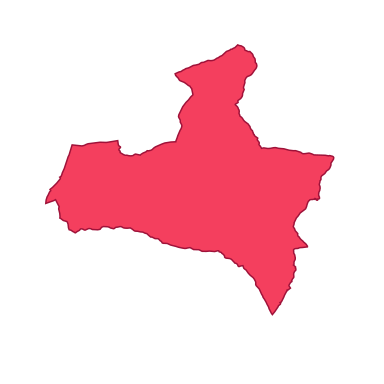 the district of Talea, Prahova, Romania, rotated 169°
{"feature_id": "2599482B77158206199320", "entity_name": "Talea", "entity_type": "district", "adm_level": 2, "iso_a3": "ROU", "parent_name": "Romania", "parent_adm1": "Prahova", "projection": "natural_earth1", "projection_center": [25.556, 45.224], "detail": "fine", "context": "isolated", "style": "filled", "palette": "rose", "viewbox_px": 384, "rotation_deg": 169, "n_neighbors": 0, "source": "geoboundaries", "source_scale": "gbopen_adm2", "svg_char_len": 6002}
<svg xmlns="http://www.w3.org/2000/svg" viewBox="0 0 384 384"><g transform="rotate(169 192 192)"><path d="M300.7,261.1L305.6,251.8L306.8,250.3L312.9,239.4L315.8,235.3L316.4,234.0L317.6,232.3L319.0,231.8L318.5,230.9L318.9,230.0L323.1,226.5L328.1,223.1L330.9,221.6L330.4,220.2L331.9,219.1L333.9,216.3L335.2,214.8L336.7,212.0L337.7,208.7L329.4,209.9L327.4,210.5L325.2,202.8L325.8,201.8L326.1,200.8L325.9,196.2L326.2,193.2L326.7,191.6L325.9,191.0L323.8,188.6L320.5,186.9L320.1,186.0L319.8,184.0L320.1,180.4L319.8,178.4L318.0,177.5L316.7,176.1L315.3,175.0L314.5,174.2L314.0,174.2L312.8,174.9L309.7,175.9L308.8,176.8L308.0,177.0L306.9,176.7L305.7,176.0L305.2,175.4L304.6,175.1L304.0,175.0L300.7,175.8L299.6,175.7L298.3,175.2L297.0,174.2L291.7,172.9L289.6,172.9L289.1,173.1L288.6,173.7L287.2,174.7L285.6,175.0L281.5,174.0L279.9,173.2L279.0,172.3L276.0,170.9L275.2,171.0L274.2,171.6L273.4,171.9L271.6,171.7L269.4,171.8L268.1,171.5L266.1,169.9L264.6,169.3L262.3,168.8L259.4,168.5L257.5,166.7L256.3,165.2L255.4,164.5L252.8,163.8L250.3,162.7L247.9,162.0L246.1,160.6L244.2,159.7L243.1,158.1L241.2,155.7L239.7,155.3L237.2,153.3L234.5,152.7L233.8,152.3L232.5,150.2L231.5,149.3L230.9,147.6L229.8,147.1L226.8,146.4L225.8,146.0L223.1,144.0L218.0,141.6L215.9,140.4L212.4,138.9L209.7,137.9L208.4,137.8L206.8,137.9L204.5,137.8L201.4,135.2L196.1,134.0L193.5,131.9L189.4,131.0L186.2,130.7L181.1,129.2L178.0,129.4L177.0,129.2L176.8,128.2L174.7,127.0L174.4,126.1L173.4,125.1L172.6,123.8L172.3,123.1L172.4,121.9L172.1,121.3L171.2,120.6L167.7,119.5L166.4,118.6L165.4,117.3L164.7,116.0L164.1,115.2L163.7,114.2L162.2,113.4L161.6,112.8L161.1,111.9L160.9,110.6L160.6,110.1L160.0,109.8L158.3,110.1L156.1,110.0L155.7,107.3L155.0,106.3L153.8,105.1L152.2,101.5L150.7,99.1L148.4,96.4L147.5,94.6L146.7,91.9L146.7,91.0L147.1,89.1L146.9,87.9L144.5,84.0L143.1,78.1L142.5,76.7L142.3,75.0L141.4,73.0L140.2,69.5L139.8,67.7L138.8,64.6L138.6,62.6L137.2,57.8L136.5,56.3L133.5,58.8L129.6,62.7L128.7,64.0L127.7,64.4L126.6,65.1L126.3,65.7L126.4,66.3L126.6,66.7L125.6,66.8L124.8,67.6L122.1,71.1L120.9,73.0L117.8,76.8L117.6,76.8L117.3,77.7L117.0,77.7L116.8,77.4L116.4,77.5L113.7,78.9L114.7,81.4L114.6,82.0L113.0,83.9L111.9,84.7L111.1,85.0L110.9,85.5L111.1,86.0L109.7,87.7L108.5,88.6L108.2,89.4L107.9,91.9L107.5,93.1L106.3,94.6L105.2,95.2L104.8,96.2L104.7,96.8L105.1,97.8L104.7,98.2L104.6,98.6L106.3,100.9L105.9,101.1L105.7,101.5L105.3,103.7L104.7,104.7L103.8,105.8L103.5,106.4L103.2,107.6L103.2,110.8L103.8,112.5L103.3,116.0L102.3,116.6L101.2,116.7L98.8,116.4L96.9,116.8L93.8,116.4L89.2,116.1L89.0,116.8L89.5,117.8L89.8,118.8L90.7,119.9L91.2,120.8L91.9,121.4L92.5,122.6L93.9,124.3L94.9,125.9L95.3,127.3L96.0,127.9L96.3,128.5L96.5,129.8L96.1,131.0L98.1,134.4L98.3,136.3L99.2,138.4L99.0,139.1L97.8,141.3L97.7,142.2L94.5,146.6L92.4,148.2L89.8,150.8L83.7,153.8L82.4,155.7L81.4,157.8L80.3,159.7L79.3,160.9L78.5,161.2L78.0,161.8L76.7,161.9L74.8,161.6L73.6,161.7L73.0,161.4L72.7,162.0L72.2,161.7L72.5,162.0L72.4,162.1L71.8,161.8L71.7,161.0L71.3,160.3L70.5,160.0L70.3,160.1L70.4,160.7L70.2,161.1L68.8,160.9L68.0,161.5L67.9,162.8L68.2,163.3L68.1,164.0L68.3,164.4L68.3,164.9L68.1,165.4L68.0,166.2L67.8,166.4L67.8,166.9L66.9,168.4L66.4,169.0L65.5,171.3L65.3,173.2L65.6,174.4L65.6,175.3L64.8,176.8L64.1,178.7L63.4,179.2L62.9,180.0L62.8,181.4L62.7,181.7L61.8,183.0L58.1,184.8L55.9,187.0L53.9,187.8L52.6,188.7L51.4,190.3L50.4,192.0L50.2,193.7L46.9,197.1L46.3,198.6L46.5,199.5L47.2,200.2L49.9,201.5L51.0,201.4L54.1,202.6L65.1,205.1L66.9,206.4L69.0,207.6L69.8,207.9L73.7,208.1L75.3,208.3L76.1,208.6L77.3,209.6L77.6,210.2L82.4,212.8L84.6,213.2L88.7,214.5L93.6,216.9L98.8,218.4L101.4,219.6L103.2,219.9L106.6,219.9L108.4,220.1L109.5,220.3L113.1,221.6L115.4,221.6L116.1,223.7L116.9,225.1L117.2,225.8L117.1,226.3L116.7,226.9L116.6,227.7L116.8,228.3L118.0,230.7L117.8,231.3L117.3,232.0L117.2,232.4L119.2,234.5L120.0,235.6L120.0,236.5L120.6,237.2L120.6,238.3L120.9,239.4L121.0,240.7L122.0,242.0L122.6,243.9L122.6,245.3L123.3,246.5L123.8,247.9L126.8,251.2L127.7,252.7L128.4,254.6L129.0,255.7L130.5,257.5L130.5,259.0L130.9,260.0L130.2,262.2L130.2,263.6L130.7,264.7L130.7,265.7L131.2,267.1L132.8,269.3L132.8,269.6L132.8,269.8L132.1,270.2L130.0,270.9L129.6,271.2L129.7,272.6L129.3,273.1L126.4,274.4L125.0,275.7L124.5,276.3L123.9,277.5L123.6,279.0L121.5,282.2L121.2,282.8L121.6,284.2L121.3,285.4L119.2,289.2L119.0,291.2L117.5,293.4L115.7,294.8L113.2,295.2L111.3,295.9L109.9,297.1L107.3,299.7L106.0,300.7L105.1,301.7L104.4,303.0L104.2,303.9L104.3,305.9L105.1,306.9L105.1,307.5L104.8,309.3L104.8,310.9L105.9,313.2L106.1,315.1L106.4,316.0L108.4,318.9L110.1,319.1L111.7,320.4L112.8,320.9L113.0,321.6L113.0,322.8L113.3,323.6L113.9,324.4L115.7,326.0L118.0,326.9L119.0,327.7L122.4,325.5L124.1,325.2L125.3,324.6L126.7,324.7L127.9,324.0L131.4,323.4L136.5,320.2L138.7,319.7L140.6,318.8L142.0,318.6L143.8,317.8L145.1,317.3L146.6,317.2L148.3,317.3L151.2,318.1L155.7,317.1L158.1,317.3L160.7,316.1L163.8,315.9L166.6,316.0L171.6,314.5L174.6,314.3L176.0,313.7L178.0,313.2L179.6,312.4L182.0,312.3L186.0,311.3L185.8,309.6L185.6,309.6L185.1,308.3L184.0,306.8L183.0,304.2L182.4,303.5L178.7,301.1L176.6,298.9L175.3,297.3L173.7,296.1L173.4,294.8L172.6,293.7L172.5,287.5L172.7,287.1L175.2,285.5L177.8,283.1L180.8,281.1L184.8,277.5L190.2,270.3L190.8,268.8L190.8,268.0L190.5,266.9L189.9,265.2L189.9,264.2L190.2,262.8L189.5,260.6L189.3,259.5L189.3,258.8L190.3,256.7L192.2,254.4L195.3,249.8L196.1,248.3L198.2,244.9L198.3,244.4L203.2,245.1L209.4,245.3L212.5,244.8L219.2,243.3L220.9,242.6L223.1,241.2L224.4,240.8L226.7,240.7L228.1,241.1L229.6,240.2L232.6,239.6L234.9,238.7L235.7,238.1L240.2,240.0L241.4,239.8L243.0,239.0L245.1,239.1L247.1,239.7L248.8,240.5L250.6,240.8L252.1,241.8L255.0,244.4L254.8,245.0L254.9,245.7L255.0,246.2L255.6,246.9L255.7,247.5L255.2,248.3L254.0,249.1L253.6,249.7L253.7,250.0L254.8,251.1L255.2,251.8L255.3,253.1L255.1,256.6L265.3,256.9L266.7,257.0L272.8,258.4L284.8,259.2L286.8,258.9L288.9,258.3L291.2,258.2L300.7,261.1Z" fill="#f43f5e" stroke="#9f1239" stroke-width="1.5"/></g></svg>